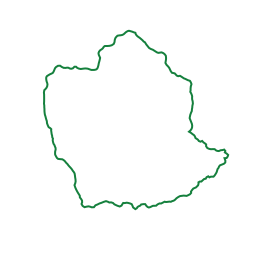 União de Minas, Minas Gerais, Brazil (orthographic projection), rotated 153°
{"feature_id": "56859067B72130138195353", "entity_name": "União de Minas", "entity_type": "district", "adm_level": 2, "iso_a3": "BRA", "parent_name": "Brazil", "parent_adm1": "Minas Gerais", "projection": "orthographic", "projection_center": [-50.35, -19.408], "detail": "fine", "context": "isolated", "style": "outline", "palette": "green", "viewbox_px": 256, "rotation_deg": 153, "n_neighbors": 0, "source": "geoboundaries", "source_scale": "gbopen_adm2", "svg_char_len": 4175}
<svg xmlns="http://www.w3.org/2000/svg" viewBox="0 0 256 256"><g transform="rotate(153 128 128)"><path d="M175.4,68.0L174.8,66.2L173.9,65.0L172.8,63.6L171.0,61.8L169.0,61.8L167.6,62.7L166.3,63.4L165.0,62.6L163.0,62.0L161.7,61.0L160.4,59.8L159.3,58.5L159.3,56.8L159.5,54.9L158.9,53.7L158.3,52.4L156.6,52.5L155.3,53.3L153.8,53.4L152.3,53.3L151.0,53.9L148.9,53.2L147.2,52.3L147.0,50.4L146.4,48.7L145.5,47.7L143.9,47.4L142.3,47.4L141.0,47.3L139.8,46.7L138.1,46.0L136.5,46.5L134.2,46.5L132.7,45.7L130.8,45.7L128.8,45.7L127.8,44.8L126.2,44.2L124.5,43.6L123.3,42.8L121.9,42.8L120.3,42.5L118.7,42.7L116.7,43.4L114.3,43.7L112.5,43.7L110.8,43.1L109.1,42.5L107.8,41.7L106.6,40.9L104.9,40.8L102.9,40.8L101.2,41.5L100.7,42.8L99.2,43.6L97.3,44.4L94.4,44.2L91.6,45.1L90.4,46.4L89.9,47.6L88.4,47.7L86.9,47.0L84.9,47.6L83.2,48.0L81.8,47.5L80.3,48.5L78.4,48.5L77.9,47.1L76.2,47.0L75.0,46.4L73.9,45.8L72.3,46.4L70.4,47.5L69.2,48.3L67.9,49.6L66.9,50.7L65.4,51.4L64.3,52.4L62.8,53.0L61.2,52.8L58.7,52.6L57.0,53.1L56.1,54.6L55.7,57.3L53.8,56.5L52.2,57.3L51.0,58.5L51.7,60.4L52.8,62.3L51.7,63.3L52.1,65.1L53.7,65.4L55.5,66.1L57.5,66.2L58.9,67.1L59.8,68.2L60.4,69.8L62.1,70.7L63.8,71.5L65.1,72.5L66.4,74.1L66.7,76.3L65.8,77.9L66.6,79.7L67.3,80.9L67.8,82.8L69.6,82.9L70.8,84.3L71.0,85.8L71.6,87.0L72.4,88.3L72.2,90.3L72.4,91.6L73.3,93.3L74.1,95.1L75.3,97.0L73.4,97.5L71.7,98.4L70.6,99.5L69.7,101.0L69.2,102.7L69.0,104.6L68.8,106.9L68.6,108.8L67.7,110.0L66.5,111.5L65.0,112.9L63.5,114.1L62.5,115.7L61.5,117.0L60.6,118.5L59.1,120.3L58.2,122.6L57.9,124.2L57.3,125.6L56.4,127.2L56.1,129.0L56.0,130.4L56.1,131.9L55.1,133.2L54.3,134.8L53.2,136.5L51.5,138.3L51.3,140.1L51.4,141.9L52.9,143.4L53.8,144.6L54.6,145.7L55.7,146.9L56.5,148.4L57.3,149.8L58.0,150.9L59.8,151.4L60.8,152.6L61.2,154.2L61.6,155.5L62.7,156.4L63.8,157.3L64.1,159.5L64.0,161.4L64.0,163.0L64.3,164.5L65.0,166.8L65.1,169.0L63.9,170.6L62.9,172.0L62.2,173.3L61.5,175.2L61.8,177.0L62.5,178.6L63.7,180.1L65.1,180.6L66.7,181.1L67.7,182.0L68.5,183.3L69.2,184.5L70.3,186.4L71.9,188.2L72.9,189.8L73.3,191.8L73.8,194.2L74.0,196.7L74.8,197.9L75.2,199.5L75.8,201.0L76.6,202.9L77.7,205.0L78.2,206.3L78.5,207.9L78.2,209.5L79.4,210.6L80.5,211.9L81.9,213.2L83.0,214.2L84.5,214.5L86.5,214.3L88.2,213.8L89.4,213.5L90.8,213.5L92.3,213.9L93.8,214.5L95.5,215.0L97.1,214.5L98.5,213.8L99.8,212.5L101.0,210.7L102.5,209.4L104.9,209.1L107.2,209.6L109.1,210.4L110.4,211.1L111.7,211.6L113.2,211.1L114.3,210.4L115.6,210.1L117.5,209.9L119.1,209.2L120.3,208.1L120.8,206.5L120.9,204.4L121.0,203.1L122.0,201.9L123.1,200.6L124.6,199.0L125.9,197.3L127.2,195.9L128.4,194.9L129.7,194.6L131.2,194.9L132.8,195.6L134.2,196.3L135.4,197.5L136.9,199.1L138.7,200.3L140.1,200.9L141.5,201.4L143.3,202.0L144.9,203.3L146.0,204.7L146.4,206.1L147.9,206.9L150.1,206.2L151.8,206.6L152.9,207.5L153.7,208.7L154.8,209.4L156.4,209.9L158.0,210.8L159.3,212.5L160.2,214.3L162.1,215.2L164.4,215.0L165.9,214.4L167.5,213.0L168.7,212.0L170.1,211.2L171.5,211.2L172.9,211.3L174.9,211.2L176.7,211.0L177.8,210.3L178.5,209.1L179.0,207.8L179.4,206.3L179.6,204.6L180.0,203.3L181.2,201.7L182.6,200.7L183.8,200.2L185.4,199.7L186.8,197.8L187.6,195.8L188.6,193.8L189.6,191.8L190.7,189.7L191.8,187.8L192.4,186.0L193.2,184.4L193.8,182.9L194.8,180.9L195.5,179.1L196.0,177.6L196.3,175.7L196.7,174.0L197.0,172.4L197.2,171.0L198.0,169.0L198.3,166.3L198.3,164.7L197.3,163.1L196.9,161.8L197.6,160.7L198.2,158.9L198.8,157.2L199.1,155.6L199.7,154.1L199.7,152.6L200.6,151.4L201.1,149.8L201.5,147.8L201.3,146.1L201.5,144.7L201.6,143.1L202.3,141.6L203.6,140.1L204.4,138.7L205.0,137.3L205.0,135.2L204.9,133.6L204.3,132.2L203.1,131.4L202.0,130.7L200.7,129.9L199.9,128.6L199.3,127.1L198.9,125.1L198.3,123.3L198.1,121.9L197.7,120.3L197.2,118.6L196.8,116.9L196.6,114.9L196.3,113.5L196.2,111.8L196.8,109.9L197.5,108.0L198.1,106.1L198.9,104.2L200.1,102.7L201.6,101.4L202.0,98.8L202.1,96.8L202.1,94.8L202.0,92.8L201.8,90.9L201.7,89.6L202.4,88.0L202.0,86.0L201.9,84.2L202.6,82.6L203.9,81.4L203.8,79.2L202.7,77.2L200.9,76.8L198.7,76.1L197.4,75.0L196.3,73.8L194.3,72.9L192.1,73.9L189.9,73.7L187.5,73.7L185.8,73.4L183.1,73.2L180.8,72.8L179.3,71.3L178.5,70.1L176.8,69.4L175.4,68.0Z" fill="none" stroke="#15803d" stroke-width="2"/></g></svg>